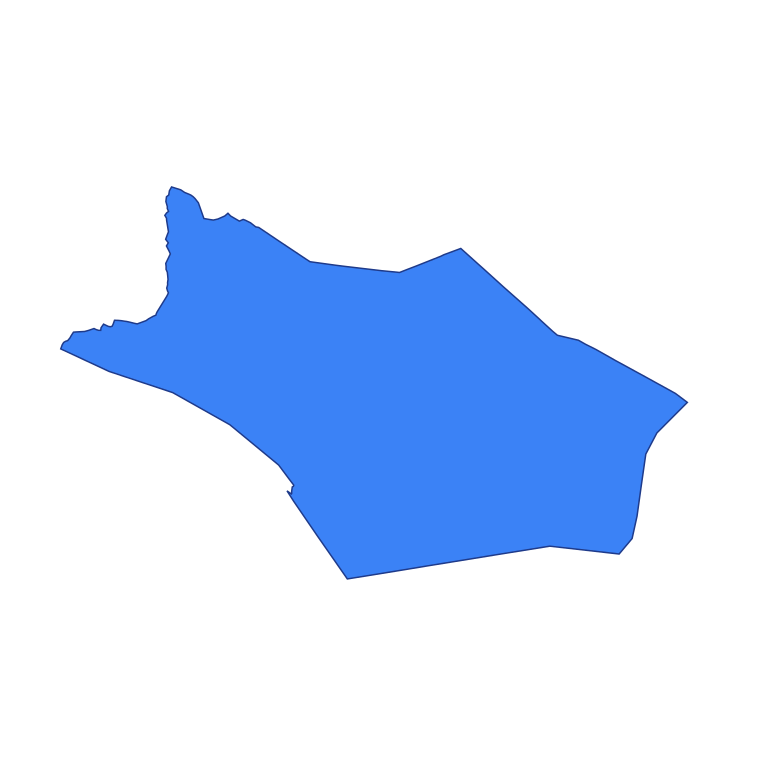 Villa de Tamazulápam del Progreso, Oaxaca, Mexico (Equal Earth projection), rotated 310°
{"feature_id": "50627088B71478824298486", "entity_name": "Villa de Tamazulápam del Progreso", "entity_type": "district", "adm_level": 2, "iso_a3": "MEX", "parent_name": "Mexico", "parent_adm1": "Oaxaca", "projection": "equal_earth", "projection_center": [-97.589, 17.695], "detail": "fine", "context": "isolated", "style": "filled", "palette": "blue", "viewbox_px": 768, "rotation_deg": 310, "n_neighbors": 0, "source": "geoboundaries", "source_scale": "gbopen_adm2", "svg_char_len": 1978}
<svg xmlns="http://www.w3.org/2000/svg" viewBox="0 0 768 768"><g transform="rotate(310 384 384)"><path d="M203.1,113.8L203.3,114.6L216.9,165.3L229.6,197.4L241.6,227.7L253.7,292.1L254.2,355.4L250.1,372.8L248.5,379.9L247.3,380.4L246.2,379.9L242.5,382.2L240.7,383.7L240.2,383.7L239.8,378.4L236.1,390.2L224.9,430.2L216.3,462.0L211.1,481.2L251.7,516.3L272.0,533.7L324.6,579.1L366.3,615.2L404.9,673.4L425.1,673.4L445.4,662.8L470.9,646.8L498.6,629.6L521.9,624.5L564.9,628.2L564.1,613.3L557.5,579.7L550.8,546.4L546.7,524.2L544.0,512.9L542.5,504.8L532.8,485.5L532.8,483.6L532.8,483.3L532.8,479.5L533.5,463.2L533.6,462.1L534.3,446.1L535.2,412.4L536.2,386.2L536.4,379.0L537.2,355.7L521.4,346.7L518.6,345.5L495.4,333.0L486.2,327.9L479.4,324.2L477.4,321.2L469.5,309.7L469.4,309.6L469.1,309.1L448.8,278.2L443.9,270.6L430.1,248.7L429.6,244.5L425.9,211.0L423.4,187.4L422.1,185.1L421.9,184.7L421.8,181.0L421.7,178.1L420.3,172.4L419.5,170.3L415.8,168.5L414.1,158.5L414.5,154.7L410.3,154.0L403.6,150.7L399.9,147.9L398.3,145.3L395.0,139.7L403.5,125.3L404.6,120.0L404.8,117.4L404.6,114.7L404.0,112.5L402.6,108.2L402.1,103.5L398.4,94.6L394.1,95.4L390.4,97.6L387.6,97.0L383.6,99.6L380.7,103.9L379.1,105.2L377.7,108.0L375.3,107.5L372.3,107.7L371.2,110.8L369.8,112.1L362.0,121.1L359.5,121.9L354.5,123.7L353.5,128.0L349.9,128.6L347.6,134.1L346.3,136.7L336.1,139.3L334.0,141.5L331.7,143.4L330.4,146.1L328.1,148.5L325.2,151.4L322.7,152.9L320.9,154.5L317.8,155.9L316.1,158.4L315.3,160.2L313.3,160.8L310.9,161.3L293.7,163.8L291.7,164.3L290.1,165.0L287.4,163.6L282.7,161.8L279.6,161.0L271.4,156.3L269.9,153.5L268.0,149.6L266.5,146.7L265.4,145.0L263.8,142.3L262.1,139.8L259.6,136.6L255.6,138.1L253.4,138.6L251.9,137.5L250.9,135.7L250.3,133.4L249.6,130.7L245.2,131.1L243.0,132.5L241.6,130.8L240.6,128.3L240.1,126.2L235.1,123.2L231.8,120.9L225.7,114.4L224.1,112.8L220.0,113.3L217.4,113.8L213.9,113.8L212.0,112.6L209.9,111.9L207.2,112.3L203.1,113.8Z" fill="#3b82f6" stroke="#1e3a8a" stroke-width="1.5"/></g></svg>